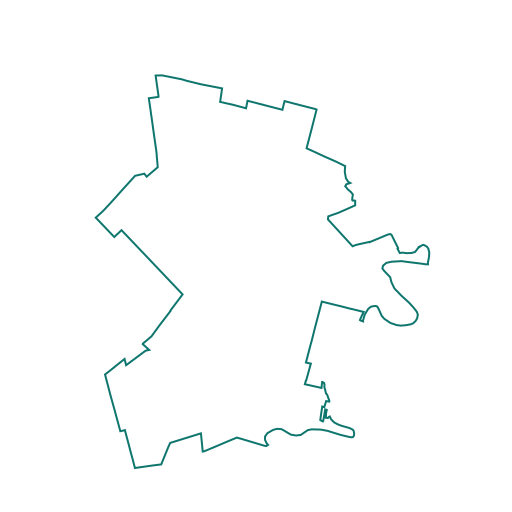 Maxineni, Braila, Romania (Albers equal-area conic projection), rotated 79°
{"feature_id": "2599482B99359782124657", "entity_name": "Maxineni", "entity_type": "district", "adm_level": 2, "iso_a3": "ROU", "parent_name": "Romania", "parent_adm1": "Braila", "projection": "albers", "projection_center": [27.669, 45.424], "detail": "fine", "context": "isolated", "style": "outline", "palette": "teal", "viewbox_px": 512, "rotation_deg": 79, "n_neighbors": 0, "source": "geoboundaries", "source_scale": "gbopen_adm2", "svg_char_len": 3807}
<svg xmlns="http://www.w3.org/2000/svg" viewBox="0 0 512 512"><g transform="rotate(79 256 256)"><path d="M340.6,163.4L339.7,163.3L338.1,162.4L334.3,160.5L329.3,155.9L327.8,153.1L327.6,151.0L327.8,149.3L327.9,148.0L328.8,146.6L331.4,145.7L338.8,144.0L342.2,142.0L347.4,136.8L350.6,131.2L351.9,127.4L352.5,122.6L352.6,117.1L352.1,114.7L350.3,111.8L349.1,110.7L347.9,109.7L344.4,108.3L341.4,108.8L336.7,111.2L331.1,114.6L322.5,121.0L317.6,124.1L315.8,125.4L313.7,126.5L307.3,128.1L302.4,128.3L299.3,130.3L295.3,132.9L292.4,134.3L289.8,133.2L287.6,129.3L287.5,123.9L288.8,114.2L289.6,111.8L291.5,106.1L294.8,95.9L296.5,91.0L297.0,88.8L295.9,88.6L294.7,88.4L293.6,87.8L289.2,86.1L285.1,85.2L284.4,85.3L281.7,85.4L280.6,85.9L279.5,86.5L277.8,88.3L277.0,89.6L277.0,90.2L277.3,91.2L278.2,94.3L278.5,94.1L278.6,94.4L279.0,95.1L279.2,95.5L280.8,97.2L282.4,99.2L282.7,102.6L282.0,107.5L281.6,108.8L281.2,109.8L280.6,111.9L280.5,114.3L275.8,115.7L275.3,115.0L272.1,115.9L261.5,118.8L260.2,119.7L260.0,121.5L260.4,123.9L260.8,125.9L264.1,141.9L263.8,142.0L264.1,153.1L264.3,156.3L264.9,159.3L233.8,178.4L230.9,177.5L230.1,172.5L229.3,166.6L229.2,166.4L226.6,154.9L225.2,149.0L220.8,148.1L220.4,148.5L220.0,150.6L219.7,150.8L218.9,150.8L216.3,150.0L214.2,149.2L213.8,149.3L211.2,150.7L208.2,153.1L205.2,154.7L204.5,155.1L204.0,154.5L202.9,153.8L202.6,151.7L202.3,149.6L200.8,151.3L196.8,152.9L190.4,152.8L186.0,151.7L184.8,151.3L178.3,159.9L177.1,161.6L172.2,168.7L159.9,185.8L140.1,176.3L123.8,168.6L123.1,169.6L116.2,184.2L109.4,198.4L117.5,202.2L102.0,234.7L109.1,237.6L103.6,248.8L97.9,261.8L85.0,257.3L81.2,266.7L77.5,275.9L75.4,280.6L73.0,285.8L70.7,290.8L68.5,294.9L64.6,304.4L60.8,313.7L59.8,319.3L59.7,319.9L59.7,320.1L80.7,321.2L81.2,321.4L80.7,331.1L94.7,331.8L97.6,332.0L98.9,332.0L108.2,332.5L117.3,333.0L133.5,333.8L137.4,334.1L137.9,334.2L138.5,334.3L150.1,335.5L157.3,348.2L153.9,349.9L154.2,359.4L162.9,371.0L163.0,371.2L169.2,379.4L169.3,379.5L176.6,389.2L181.1,395.4L182.6,397.5L187.8,406.0L210.3,391.5L205.0,383.1L232.8,365.3L279.7,335.4L279.9,335.6L293.2,350.4L293.7,350.4L294.0,350.8L304.0,362.1L306.6,365.0L314.9,373.9L320.4,383.7L320.9,384.0L327.8,378.8L327.9,382.5L338.4,404.3L332.0,404.7L336.7,413.7L341.4,422.6L343.5,426.8L350.0,426.4L354.3,426.1L365.5,425.4L366.6,425.3L377.8,424.4L402.1,422.6L402.0,419.0L401.9,417.9L406.8,417.6L415.3,417.0L425.0,416.4L432.6,415.8L438.0,415.5L440.1,415.3L440.9,415.3L441.0,415.3L441.9,397.7L442.5,388.8L426.9,378.6L423.1,375.9L419.6,343.9L437.8,345.6L437.8,344.0L437.4,342.1L434.7,329.0L433.0,321.2L430.6,309.4L432.8,305.1L444.0,283.7L444.5,282.1L444.1,281.2L443.7,280.2L442.4,281.1L441.1,281.5L439.9,281.8L439.1,282.0L438.3,282.2L435.0,281.6L432.1,278.6L430.1,272.8L429.8,270.7L429.7,268.1L430.9,263.9L433.3,261.1L438.0,255.9L439.9,250.8L440.0,248.5L440.2,246.2L438.3,241.9L436.8,238.3L436.8,234.3L438.8,225.4L441.3,219.1L447.8,207.0L451.6,198.6L452.3,196.4L452.0,195.0L450.9,194.1L449.4,193.6L448.4,193.5L446.6,193.5L445.4,193.8L444.7,194.5L442.8,196.9L438.9,204.6L436.8,207.9L434.3,211.0L430.7,213.4L427.6,214.2L428.0,215.3L428.7,216.3L428.1,218.3L423.9,217.3L420.6,215.9L419.8,217.3L430.8,221.5L431.2,222.0L429.3,224.2L423.4,222.2L416.4,219.7L417.4,217.8L411.8,214.8L412.9,211.9L412.0,211.6L409.2,212.1L405.7,212.6L404.3,213.5L399.8,213.7L398.5,213.9L397.6,213.9L395.5,213.3L394.0,213.4L393.6,213.4L393.1,214.4L392.4,214.6L392.3,215.1L398.0,216.9L397.3,218.5L393.1,228.1L391.2,232.5L387.8,230.8L387.8,230.5L372.1,222.7L370.1,227.3L353.0,219.1L350.9,218.0L349.4,217.3L336.0,211.0L313.6,200.2L313.3,200.1L317.5,191.1L321.7,181.9L321.8,181.7L323.9,177.3L326.0,172.9L326.0,172.7L327.4,169.7L328.3,167.7L330.4,163.3L330.9,162.1L331.4,161.0L335.3,163.9L336.5,164.7L338.7,166.2L339.2,165.8L340.6,163.4Z" fill="none" stroke="#0f766e" stroke-width="2"/></g></svg>